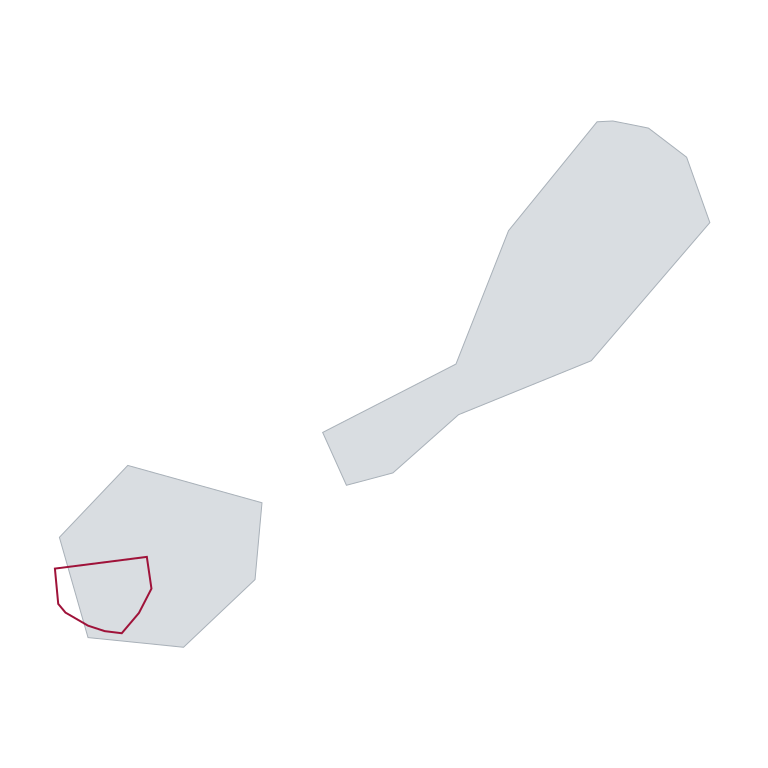 Saint Kitts and Nevis, with Saint George Gingerland highlighted, rotated 98°
{"feature_id": "KNA-5102", "entity_name": "Saint George Gingerland", "entity_type": "Parish", "adm_level": 1, "iso_a3": "KNA", "parent_name": "Saint Kitts and Nevis", "parent_adm1": "", "projection": "orthographic", "projection_center": [-62.55, 17.125], "detail": "fine", "context": "in_parent", "style": "outline", "palette": "rose", "viewbox_px": 768, "rotation_deg": 98, "n_neighbors": 0, "source": "natural_earth", "source_scale": "10m", "svg_char_len": 584}
<svg xmlns="http://www.w3.org/2000/svg" viewBox="0 0 768 768"><g transform="rotate(98 384 384)"><path d="M489.5,407.1L440.5,438.0L354.2,315.5L214.8,282.0L94.7,209.5L91.7,194.0L93.8,157.7L117.3,115.9L178.8,83.8L332.1,182.0L404.0,305.9L470.8,362.8L489.5,407.1ZM676.3,641.8L581.0,684.1L500.3,626.4L518.6,488.3L595.6,484.5L672.6,545.9L676.3,641.8Z" fill="#d9dde1" stroke="#a8b0b8" stroke-width="1"/><path d="M667.3,609.0L667.6,626.2L664.5,643.5L654.7,667.6L647.1,676.0L612.6,684.2L588.2,594.8L619.0,585.8L644.8,594.8L667.3,609.0Z" fill="none" stroke="#9f1239" stroke-width="2"/></g></svg>